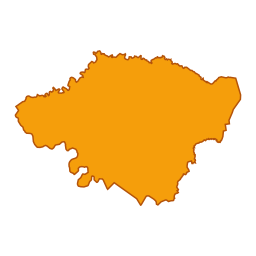 the district of Santiago Minas, Oaxaca, Mexico
{"feature_id": "50627088B26414808863062", "entity_name": "Santiago Minas", "entity_type": "district", "adm_level": 2, "iso_a3": "MEX", "parent_name": "Mexico", "parent_adm1": "Oaxaca", "projection": "natural_earth1", "projection_center": [-97.263, 16.434], "detail": "fine", "context": "isolated", "style": "filled", "palette": "amber", "viewbox_px": 256, "rotation_deg": 0, "n_neighbors": 0, "source": "geoboundaries", "source_scale": "gbopen_adm2", "svg_char_len": 5649}
<svg xmlns="http://www.w3.org/2000/svg" viewBox="0 0 256 256"><path d="M15.9,106.5L18.4,110.1L18.4,110.7L15.4,115.1L15.7,116.4L16.5,117.4L17.7,117.7L18.1,118.3L18.4,119.0L18.3,120.9L18.5,121.6L20.7,125.2L23.0,127.2L23.6,129.9L24.7,131.0L25.1,132.0L26.6,133.2L30.1,133.4L31.4,133.8L32.0,134.3L32.9,136.2L33.4,141.6L34.7,144.4L36.8,146.9L37.6,147.3L40.1,147.4L42.8,146.8L44.0,146.0L45.7,145.4L47.2,146.1L50.0,148.4L51.8,149.0L52.4,148.9L53.7,147.8L55.2,145.3L56.0,144.9L59.4,144.3L62.0,142.0L64.2,141.7L64.8,142.3L65.6,144.6L65.4,145.0L66.0,149.1L67.2,150.6L68.1,150.7L69.2,149.7L69.2,149.4L72.6,148.0L75.7,149.2L76.8,150.7L77.2,152.6L77.9,153.3L77.6,155.8L77.1,156.9L76.4,157.7L75.1,158.3L72.1,159.3L70.8,160.3L69.4,162.3L69.0,164.0L69.1,166.4L69.6,167.7L69.9,171.2L70.7,172.2L73.6,173.5L74.1,174.4L74.5,174.4L78.0,171.3L78.5,170.4L78.3,168.4L79.6,167.0L81.3,166.6L83.2,166.7L84.6,167.2L85.7,166.7L86.8,166.7L87.8,168.0L88.1,172.4L85.1,174.3L82.8,174.0L82.3,174.6L80.8,177.6L78.3,179.8L77.5,183.3L77.6,184.7L78.4,186.1L80.7,186.7L84.0,186.9L87.6,185.8L88.1,185.4L88.5,184.5L89.7,181.5L91.0,180.4L91.4,179.7L91.7,176.4L92.4,176.0L93.7,176.4L94.2,177.3L94.1,179.3L94.3,180.0L96.7,182.3L97.3,182.2L97.9,181.6L99.4,178.8L102.4,179.0L103.3,180.1L107.0,188.3L107.7,189.3L114.2,182.7L136.7,198.7L140.6,205.1L141.1,204.9L146.1,196.4L147.0,195.9L148.8,195.9L153.6,199.0L155.5,200.7L156.2,201.8L156.5,204.2L157.9,204.9L161.1,201.8L165.5,200.0L166.6,200.1L168.5,201.5L170.8,200.8L173.2,200.6L173.6,200.3L174.0,198.9L174.7,198.2L174.1,197.2L174.2,196.8L174.5,195.1L175.0,194.1L175.8,193.8L176.3,193.2L177.4,193.2L178.3,192.5L177.1,190.7L178.1,190.2L178.4,189.7L176.7,187.1L177.2,185.4L177.5,185.0L177.8,183.7L177.5,182.8L177.9,181.4L180.4,179.3L180.5,178.5L181.4,177.7L182.3,176.2L183.0,175.5L183.4,174.1L183.9,173.9L185.1,174.6L185.7,174.5L186.3,173.7L186.7,172.9L186.6,172.5L189.1,171.3L188.8,170.0L187.1,167.2L187.1,165.5L187.6,162.5L188.3,161.8L191.4,161.0L191.6,161.1L191.6,162.2L192.0,163.5L192.9,163.5L193.1,162.8L194.3,162.5L195.3,162.8L194.8,161.3L195.4,160.6L195.2,159.5L194.4,159.0L195.1,156.5L195.0,155.4L195.2,155.1L195.1,154.7L194.6,154.8L194.3,154.6L194.3,153.0L193.8,152.3L193.6,150.9L194.0,149.8L193.3,148.2L193.6,147.7L194.5,147.7L194.0,146.1L194.5,145.6L194.9,145.6L195.6,144.2L197.1,143.4L199.0,143.0L199.5,142.3L201.7,142.0L203.5,140.8L204.2,139.9L205.6,140.6L206.5,139.3L206.8,139.5L207.8,139.1L208.4,139.3L208.6,138.7L209.7,139.4L210.2,138.9L210.7,138.8L211.3,139.2L211.6,138.7L212.9,139.1L213.3,138.8L213.7,139.3L214.3,138.7L214.7,138.9L214.7,139.2L215.5,138.9L216.7,139.9L216.2,140.1L216.2,140.6L216.9,141.0L217.3,141.9L217.7,142.1L218.1,141.9L218.8,142.4L219.5,142.3L220.0,141.7L220.3,142.0L220.9,140.5L221.4,140.5L222.2,138.6L222.9,136.4L223.4,131.1L226.1,130.3L225.3,124.4L229.4,123.8L229.0,120.2L232.3,112.5L233.3,109.4L240.4,99.4L240.6,94.9L235.7,78.2L230.0,77.3L229.2,77.5L228.2,77.0L226.9,77.7L225.7,77.8L221.3,76.8L218.7,77.6L218.2,78.5L216.5,80.0L215.9,81.0L215.2,80.8L212.9,83.4L211.9,84.0L210.7,84.0L207.2,81.8L207.0,82.6L206.3,82.4L206.1,81.7L204.9,81.2L203.3,80.0L203.1,78.3L202.8,78.5L202.5,79.4L201.9,79.6L201.0,79.2L201.0,77.3L199.3,76.1L199.1,75.2L196.4,73.5L195.7,73.5L194.1,71.7L193.2,71.6L191.9,70.4L190.6,70.4L186.7,67.3L184.7,67.3L184.0,68.2L183.5,68.3L182.7,67.6L181.9,65.9L180.4,65.9L180.0,66.1L178.6,65.2L178.6,64.8L177.5,63.8L176.7,64.1L175.3,63.5L174.5,63.5L172.7,64.1L171.8,63.6L172.2,62.7L172.1,62.1L171.9,61.5L170.9,60.7L170.7,60.2L170.8,59.5L170.4,59.7L168.1,59.2L167.3,59.9L166.5,58.9L165.6,59.5L165.2,59.5L164.5,58.3L164.9,57.6L164.6,57.0L163.9,56.1L163.4,56.3L162.7,55.7L162.4,56.0L162.1,57.2L161.3,57.3L160.8,57.8L160.1,57.4L159.4,57.8L158.1,57.6L157.6,56.8L157.3,56.8L157.2,57.6L156.1,58.0L155.6,57.8L153.4,59.4L152.7,59.5L151.2,60.4L151.1,61.3L151.9,63.0L151.5,63.4L150.4,62.6L149.2,62.7L148.6,61.6L147.1,60.9L146.5,60.4L146.5,60.0L146.1,60.1L145.1,59.7L144.5,59.2L144.5,58.9L143.6,58.3L142.8,58.4L142.4,59.3L141.3,59.3L141.0,58.4L141.1,55.8L140.6,55.6L138.5,57.5L137.7,57.5L136.0,56.3L135.5,56.4L134.6,56.1L134.2,57.3L132.3,58.2L131.8,58.0L131.2,56.9L129.3,56.8L128.9,58.6L128.2,59.6L127.4,59.7L125.6,59.1L124.6,58.1L124.9,56.0L125.4,55.3L125.5,54.1L125.2,53.8L124.7,54.5L122.3,54.7L120.0,53.6L118.2,55.0L116.0,57.3L113.3,57.0L112.2,57.5L111.8,57.4L111.6,56.9L112.5,55.7L112.3,55.0L111.4,55.2L109.5,56.5L108.6,56.9L107.0,55.8L106.4,55.7L104.3,54.5L104.0,54.2L104.1,53.8L102.5,53.6L101.7,54.3L101.3,54.3L100.9,53.6L101.0,53.0L100.0,51.2L99.6,50.9L97.6,51.4L96.5,53.1L95.7,53.2L94.9,52.3L93.5,52.1L93.3,52.4L93.6,54.2L95.4,54.9L95.6,55.6L96.6,56.9L97.0,59.7L96.3,60.5L95.9,61.6L95.1,62.3L93.7,62.9L92.8,61.9L91.8,61.5L88.7,64.4L88.4,65.0L88.3,66.6L88.6,67.6L89.1,68.1L88.7,68.8L88.1,69.3L86.7,69.1L85.5,69.4L84.9,72.2L84.2,72.6L83.4,72.1L82.0,72.1L80.9,72.3L80.3,72.9L80.2,73.6L82.7,75.4L83.2,77.3L81.7,77.1L79.9,78.0L77.8,81.3L76.4,82.2L75.6,81.2L75.4,79.5L73.4,77.9L71.7,77.3L70.6,77.7L70.0,78.5L70.1,80.2L69.2,81.3L67.9,85.2L68.1,85.8L69.7,86.6L69.3,89.4L68.5,90.3L67.9,90.3L66.4,88.8L63.1,87.0L62.5,87.5L61.9,88.9L63.9,91.6L64.0,92.4L63.7,92.7L63.0,92.6L61.5,93.2L58.8,93.0L58.4,92.7L58.3,92.2L59.8,89.6L59.0,88.9L55.9,90.4L54.7,88.6L53.4,87.4L53.0,87.7L52.9,88.3L53.4,88.7L53.5,89.3L52.9,91.3L51.6,92.1L50.4,91.4L49.6,91.8L49.3,92.3L49.3,94.4L48.9,95.4L48.5,95.6L47.5,93.9L46.9,93.3L46.1,93.5L45.2,94.3L44.9,95.3L46.0,96.2L45.5,96.7L44.0,96.7L43.4,95.8L42.7,95.4L41.8,95.4L39.7,95.9L37.4,94.6L36.7,96.6L35.8,97.2L34.5,97.1L33.0,97.5L30.7,97.1L29.1,96.1L28.1,96.0L26.7,96.6L26.0,97.9L26.1,98.5L25.5,99.8L24.6,101.3L22.7,101.7L15.9,106.5Z" fill="#f59e0b" stroke="#b45309" stroke-width="1.5"/></svg>